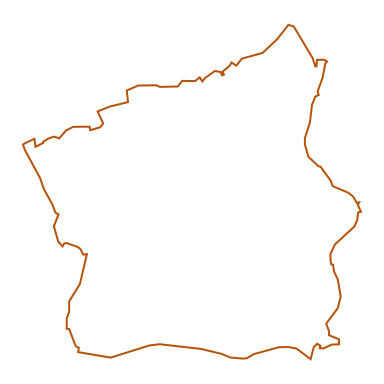 the district of Cork City North East Lea-6, Cork, Ireland
{"feature_id": "5873133B11463526340126", "entity_name": "Cork City North East Lea-6", "entity_type": "district", "adm_level": 2, "iso_a3": "IRL", "parent_name": "Ireland", "parent_adm1": "Cork", "projection": "albers", "projection_center": [-8.424, 51.935], "detail": "fine", "context": "isolated", "style": "outline", "palette": "amber", "viewbox_px": 384, "rotation_deg": 0, "n_neighbors": 0, "source": "geoboundaries", "source_scale": "gbopen_adm2", "svg_char_len": 1591}
<svg xmlns="http://www.w3.org/2000/svg" viewBox="0 0 384 384"><path d="M310.6,359.2L313.7,347.2L317.2,343.7L320.4,345.8L319.8,348.3L323.5,348.4L331.6,344.6L339.0,344.3L339.0,339.3L329.0,335.2L329.1,331.4L326.2,323.7L337.8,308.1L340.7,296.5L337.8,279.4L334.1,271.8L333.0,264.6L331.3,264.3L330.6,261.5L330.4,254.1L335.0,244.4L354.4,226.5L357.2,220.2L358.1,212.5L361.0,211.7L357.8,205.0L359.1,202.4L356.9,202.9L352.9,196.3L348.2,192.7L332.8,186.2L330.7,180.7L320.5,166.7L318.4,166.2L308.4,156.8L304.9,144.5L304.9,138.1L309.9,122.5L312.0,104.8L315.3,96.6L318.7,95.0L317.6,91.5L322.7,77.4L325.3,63.5L327.0,61.5L324.2,59.7L317.0,59.9L316.5,66.4L315.4,66.4L312.5,57.9L293.8,26.6L288.4,24.8L277.3,39.1L262.6,52.9L241.9,58.6L236.4,65.6L231.5,62.5L229.5,66.0L222.6,71.6L223.9,74.7L222.1,75.3L220.5,72.0L214.9,71.0L205.1,78.0L202.3,81.4L199.7,77.4L195.1,81.1L182.1,80.9L177.8,86.5L160.0,86.9L156.3,85.3L138.2,85.5L126.8,90.5L128.0,102.1L109.7,106.6L97.7,111.4L103.2,123.6L100.1,127.3L90.1,130.2L89.6,126.7L73.3,126.8L66.0,130.5L59.3,138.3L53.9,136.6L48.3,138.6L43.0,141.9L43.1,143.0L35.5,146.8L34.4,138.8L25.2,143.1L23.0,144.5L25.0,150.2L40.1,178.1L43.7,188.7L52.4,204.5L55.4,212.6L58.5,214.3L53.9,226.3L58.3,241.7L62.5,246.4L64.2,243.4L66.8,243.1L77.8,247.0L80.4,249.0L83.2,254.6L86.9,254.2L79.9,284.0L69.2,301.3L69.2,311.7L66.8,318.1L66.7,328.9L69.1,328.9L75.7,346.2L78.8,347.8L78.2,352.1L110.7,357.6L149.2,345.5L159.5,344.2L200.7,348.9L221.3,353.8L230.2,357.5L242.9,358.6L246.9,358.2L253.5,354.2L278.6,347.3L288.4,347.0L296.6,348.6L310.6,359.2Z" fill="none" stroke="#b45309" stroke-width="2"/></svg>